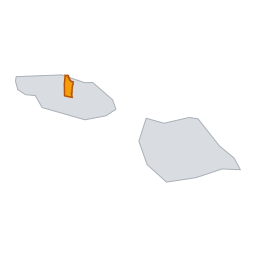 location of Siumu, Tuamasaga, Samoa, rotated 178°
{"feature_id": "51752279B86621231996740", "entity_name": "Siumu", "entity_type": "district", "adm_level": 2, "iso_a3": "WSM", "parent_name": "Samoa", "parent_adm1": "Tuamasaga", "projection": "robinson", "projection_center": [-171.773, -13.986], "detail": "fine", "context": "in_parent", "style": "filled", "palette": "amber", "viewbox_px": 256, "rotation_deg": 178, "n_neighbors": 0, "source": "geoboundaries", "source_scale": "gbopen_adm2", "svg_char_len": 1549}
<svg xmlns="http://www.w3.org/2000/svg" viewBox="0 0 256 256"><g transform="rotate(178 128 128)"><path d="M91.4,72.6L110.1,90.6L117.6,114.4L109.5,137.1L91.9,131.5L66.3,136.4L57.7,134.7L37.2,106.8L23.0,94.2L17.2,82.4L35.4,83.8L61.8,76.0L91.4,72.6ZM238.0,183.2L192.3,183.4L169.8,174.8L161.7,174.7L142.4,156.7L139.4,147.2L149.6,141.0L170.7,137.7L213.1,151.4L219.5,163.6L229.2,164.9L236.8,170.1L238.8,178.7L238.0,183.2Z" fill="#d9dde1" stroke="#a8b0b8" stroke-width="1"/><path d="M190.3,162.4L186.8,161.5L185.6,161.2L184.2,160.8L183.6,160.8L182.7,160.6L183.3,164.8L182.8,164.7L182.6,167.8L182.2,171.0L181.9,172.7L181.3,173.4L181.3,175.4L181.3,176.1L181.5,176.1L181.8,176.1L182.1,176.1L182.3,176.2L182.5,176.3L182.7,176.5L182.8,176.6L183.0,176.6L183.3,176.6L183.5,176.7L183.6,176.8L183.7,177.0L183.8,177.0L183.8,176.9L184.0,176.7L183.9,176.8L183.8,177.1L183.7,177.3L183.8,177.5L184.0,177.7L184.3,177.7L184.4,177.8L184.4,178.1L184.5,178.2L184.5,178.3L184.6,178.6L184.5,178.9L184.5,179.0L184.7,179.3L184.8,179.2L184.8,179.3L184.8,179.5L184.9,179.8L185.0,179.9L185.2,180.0L185.3,179.9L185.5,179.9L185.6,180.0L185.8,180.2L185.9,180.3L186.0,180.4L186.0,180.5L186.1,180.8L185.9,180.9L185.7,181.0L185.5,181.3L185.5,181.6L185.5,181.9L185.6,182.0L185.7,182.3L185.8,182.4L186.0,182.5L186.3,182.7L186.5,182.7L186.7,182.8L186.8,182.8L187.0,182.8L187.3,182.7L187.5,182.5L187.8,182.5L188.0,182.6L188.3,182.6L188.5,182.6L188.8,182.8L189.0,182.9L189.4,179.2L189.7,177.1L190.2,173.5L190.1,171.8L190.3,162.4Z" fill="#f59e0b" stroke="#b45309" stroke-width="1.5"/></g></svg>